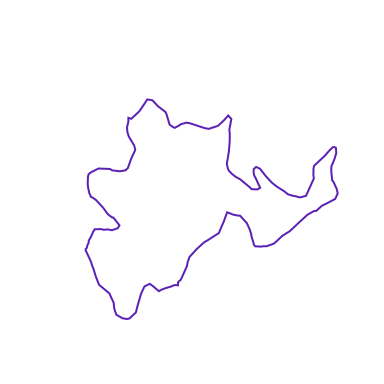 Fayyum, Al Fayyum, Egypt, rotated 319°
{"feature_id": "37247803B19900063663669", "entity_name": "Fayyum", "entity_type": "district", "adm_level": 2, "iso_a3": "EGY", "parent_name": "Egypt", "parent_adm1": "Al Fayyum", "projection": "robinson", "projection_center": [30.852, 29.314], "detail": "fine", "context": "isolated", "style": "outline", "palette": "violet", "viewbox_px": 384, "rotation_deg": 319, "n_neighbors": 0, "source": "geoboundaries", "source_scale": "gbopen_adm2", "svg_char_len": 2762}
<svg xmlns="http://www.w3.org/2000/svg" viewBox="0 0 384 384"><g transform="rotate(319 192 192)"><path d="M222.3,96.8L219.0,92.8L212.6,94.6L205.4,96.5L201.4,96.7L194.2,96.9L192.7,94.3L191.7,95.3L190.2,97.1L185.5,100.5L184.7,101.4L182.4,104.7L180.9,108.1L180.2,111.4L178.9,118.9L177.5,121.8L177.5,122.0L177.4,122.2L176.6,123.1L168.7,126.6L160.8,131.0L159.2,131.9L157.6,131.9L156.0,132.0L151.0,128.9L146.0,123.3L145.2,120.8L143.1,118.8L141.8,117.6L140.2,116.1L138.5,114.5L136.8,112.9L127.9,110.7L125.5,110.8L123.2,112.5L118.5,117.6L116.2,121.0L113.9,125.2L112.5,129.4L113.3,131.0L114.3,135.1L114.6,145.8L114.0,152.4L114.1,154.8L115.1,158.9L115.9,159.7L115.4,169.6L114.4,169.9L112.2,170.6L106.5,168.3L104.0,165.1L100.7,162.7L99.0,160.3L94.1,156.3L90.9,157.3L89.3,158.2L85.4,159.9L82.2,160.9L80.6,162.6L78.2,163.5L75.9,165.2L74.3,165.3L73.5,166.1L72.8,168.6L72.1,171.1L71.1,174.6L69.9,178.6L68.4,181.9L66.9,186.1L63.9,192.8L61.0,201.1L63.1,214.3L60.2,224.2L57.1,228.5L55.6,231.8L54.4,235.2L56.7,241.7L59.3,244.9L61.7,246.4L70.6,246.1L76.8,241.8L86.3,235.7L87.9,234.8L94.2,232.1L99.9,233.6L100.8,237.7L101.9,245.1L105.1,245.8L109.2,247.3L114.1,249.6L116.5,250.3L118.2,251.1L120.2,253.2L122.2,251.0L126.2,250.8L130.1,249.0L139.6,244.6L142.8,242.0L147.5,239.4L157.9,238.2L168.4,237.9L171.6,238.6L180.5,239.9L185.3,240.6L195.8,235.5L196.1,235.4L196.4,235.3L201.1,232.6L205.2,230.4L208.5,236.5L211.0,239.7L212.7,241.3L212.8,244.6L212.9,248.7L213.0,251.2L212.3,253.7L210.8,258.7L209.3,262.0L208.5,263.5L207.8,264.5L204.8,271.2L204.1,272.3L204.1,274.5L205.0,275.3L206.6,276.9L208.3,278.5L210.8,280.1L212.4,281.7L218.1,284.0L220.6,284.7L224.6,284.6L229.4,284.4L231.0,284.3L235.8,285.0L239.9,285.7L246.3,285.5L253.5,285.2L258.3,285.1L264.0,284.9L271.2,286.3L273.7,287.8L277.0,287.7L278.5,287.7L280.9,287.6L286.6,289.1L295.5,291.2L301.1,288.6L302.2,286.5L303.3,284.4L305.5,276.9L305.4,275.2L310.8,267.6L313.9,264.2L321.0,260.7L326.5,257.2L329.6,253.0L328.8,251.4L327.9,250.6L325.1,250.7L323.1,250.8L315.9,251.8L312.7,251.9L301.5,252.3L299.1,254.0L294.5,259.1L292.9,261.7L275.5,269.7L270.6,267.3L269.0,265.8L268.1,264.1L265.6,260.9L263.0,256.9L262.8,255.9L262.1,252.0L259.4,243.0L258.4,237.3L258.1,228.2L258.6,219.1L256.8,215.1L253.6,215.2L251.3,217.7L249.8,220.3L249.1,223.6L247.6,228.6L246.2,233.6L242.9,232.9L238.8,228.9L238.7,226.4L236.7,214.1L234.9,209.2L234.0,204.3L233.8,200.2L234.5,197.7L236.8,193.5L243.1,188.4L245.4,186.4L246.2,185.8L253.2,179.0L258.6,173.0L260.9,169.6L269.6,162.7L269.5,158.0L263.8,158.8L259.9,159.0L255.0,159.1L246.0,155.3L243.5,152.1L235.8,139.2L233.3,136.0L228.4,133.7L224.4,133.0L221.1,132.3L220.3,130.6L219.3,126.5L223.8,116.5L224.5,114.0L223.6,109.9L222.6,105.0L222.4,99.2L222.3,96.8Z" fill="none" stroke="#5b21b6" stroke-width="2"/></g></svg>